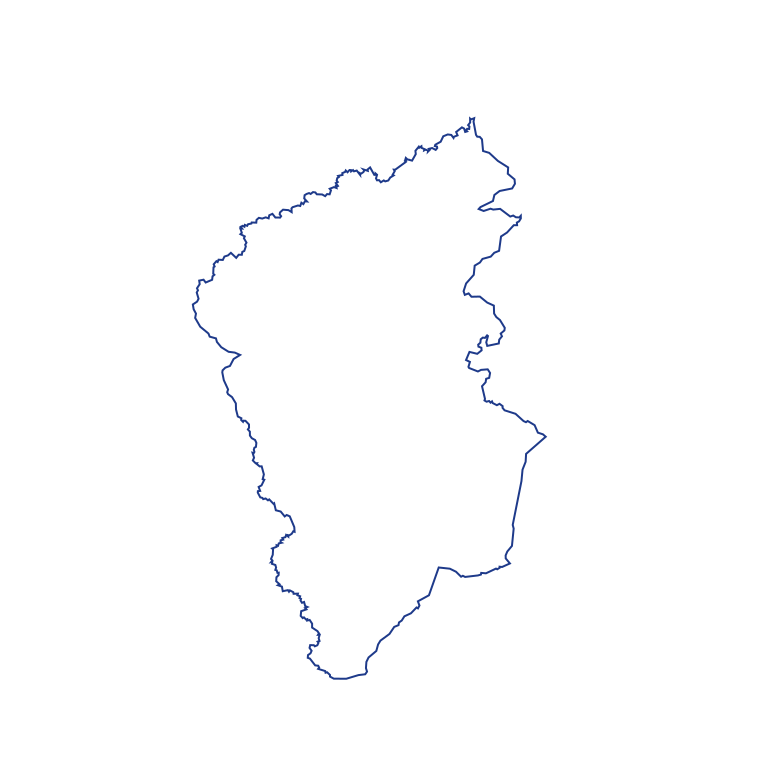 the district of Song Dao, Sakon Nakhon, Thailand, rotated 128°
{"feature_id": "78962969B97836103025475", "entity_name": "Song Dao", "entity_type": "district", "adm_level": 2, "iso_a3": "THA", "parent_name": "Thailand", "parent_adm1": "Sakon Nakhon", "projection": "mercator", "projection_center": [103.442, 17.315], "detail": "fine", "context": "isolated", "style": "outline", "palette": "blue", "viewbox_px": 768, "rotation_deg": 128, "n_neighbors": 0, "source": "geoboundaries", "source_scale": "gbopen_adm2", "svg_char_len": 6142}
<svg xmlns="http://www.w3.org/2000/svg" viewBox="0 0 768 768"><g transform="rotate(128 384 384)"><path d="M394.5,591.9L395.7,589.8L397.0,590.2L402.2,586.5L402.4,584.9L404.7,585.4L407.7,583.6L413.8,587.0L412.9,590.4L416.3,593.3L418.8,590.7L423.7,590.3L424.7,588.3L427.2,587.9L431.0,582.6L434.2,582.0L439.0,583.6L442.3,580.0L444.3,575.5L448.2,573.5L452.0,564.1L452.3,553.4L454.0,550.5L451.5,544.5L453.7,541.6L455.2,534.9L454.3,526.3L451.1,520.9L449.7,515.3L456.9,517.9L464.6,516.5L468.8,519.1L472.6,519.6L474.4,518.6L479.6,512.6L484.3,503.5L487.0,502.5L488.0,500.7L487.9,495.6L490.5,488.8L495.2,484.9L499.6,479.2L498.8,475.3L500.3,474.4L500.6,471.8L499.4,472.1L498.3,470.5L499.0,465.5L501.6,463.4L503.6,463.3L504.1,460.4L507.2,457.9L508.1,454.8L507.5,451.1L509.0,448.3L512.4,446.2L514.0,446.9L516.0,446.1L517.3,444.3L518.6,444.1L519.1,445.3L522.1,441.0L525.0,440.3L525.5,436.4L524.5,435.2L525.4,435.0L525.5,431.3L524.2,429.7L529.2,423.0L533.7,421.0L533.1,419.4L539.3,418.1L542.3,419.4L544.5,415.8L546.1,417.4L547.3,416.6L549.5,411.7L548.6,409.7L549.1,408.3L547.1,406.8L547.1,403.8L545.6,403.4L546.5,397.1L545.7,397.0L550.1,391.5L548.1,386.9L549.5,380.7L547.2,380.1L546.3,376.8L552.0,366.6L555.5,363.5L555.9,364.8L558.9,364.5L561.7,365.5L562.2,366.6L563.2,365.6L563.2,368.2L565.4,367.4L568.0,369.3L568.7,367.6L570.8,369.2L572.4,368.1L572.2,367.0L574.4,368.8L576.7,367.9L577.2,369.4L578.4,368.4L582.5,370.9L582.6,369.6L587.1,366.5L591.4,365.3L591.8,363.3L593.7,363.3L592.8,362.6L594.7,361.6L593.5,358.2L595.1,356.0L597.4,355.2L596.9,353.8L598.4,351.7L597.5,350.8L599.5,349.4L602.5,349.8L605.8,347.5L606.1,343.0L607.9,343.7L606.5,339.7L609.6,336.2L605.6,332.8L606.2,331.0L604.6,331.1L603.9,327.3L605.0,326.1L602.2,322.8L603.8,322.2L602.9,319.4L604.7,318.8L604.4,317.1L606.0,316.5L606.9,313.9L605.0,312.8L607.5,309.4L606.9,307.1L609.1,308.3L609.4,306.4L614.0,309.4L618.0,306.9L618.5,303.9L617.2,303.4L617.6,300.4L616.6,299.7L617.7,298.9L615.7,297.3L617.1,293.1L620.2,290.7L619.7,284.3L620.5,281.8L622.3,281.6L621.2,280.3L624.5,279.0L626.2,276.6L627.9,277.7L628.3,276.3L630.9,275.7L633.3,277.0L633.0,278.4L635.2,281.4L637.8,280.2L638.8,276.8L641.5,276.1L644.4,277.0L646.7,275.5L646.0,273.3L648.1,265.0L646.5,262.4L647.4,260.5L649.0,260.5L646.4,253.6L647.5,252.3L646.2,251.4L646.5,247.5L647.8,246.4L647.1,242.1L639.4,232.2L629.1,224.9L624.3,220.1L621.1,220.3L619.0,223.3L613.8,226.8L609.0,227.8L599.1,225.7L592.9,228.3L588.4,228.8L577.6,225.8L569.1,226.4L565.1,224.1L562.7,225.4L559.5,224.4L554.5,224.9L548.1,221.6L540.1,220.8L539.9,219.1L536.7,219.7L534.4,223.5L522.8,218.5L494.9,227.9L489.0,218.4L487.6,211.7L488.4,204.6L486.6,203.8L486.1,201.3L477.0,192.1L474.5,190.3L473.0,191.1L470.4,187.1L460.5,182.1L460.3,180.7L457.6,179.7L456.8,180.4L455.5,178.3L447.9,174.3L446.5,180.7L444.2,182.6L440.1,183.7L432.8,183.5L418.1,192.8L415.8,195.8L375.9,215.9L366.2,222.1L358.1,224.5L351.6,229.0L326.0,224.1L325.8,227.8L327.6,232.8L323.7,240.0L324.7,248.0L326.7,248.6L327.3,251.2L326.5,262.0L330.5,272.8L329.8,275.9L328.4,276.9L328.5,280.8L331.2,282.0L332.1,286.6L331.2,288.2L333.1,288.6L332.7,290.7L334.8,292.3L335.1,294.7L333.6,295.2L325.4,305.4L320.1,305.0L317.0,306.7L314.4,304.9L310.0,307.2L308.6,311.3L313.1,316.2L316.3,317.7L319.0,326.8L318.5,328.0L313.7,329.9L314.6,334.1L306.1,336.4L302.8,329.1L297.4,327.8L295.5,329.6L296.4,332.6L295.0,334.0L292.1,333.5L289.2,335.3L286.6,334.7L285.5,332.8L282.2,332.7L282.2,331.6L288.2,329.1L290.4,326.1L281.4,318.5L278.1,320.5L273.8,320.4L272.4,323.1L267.7,322.1L265.4,323.4L262.2,332.0L262.1,336.7L260.7,340.6L254.6,345.7L256.3,352.8L256.1,362.3L261.4,368.8L260.5,373.1L264.0,375.2L261.9,378.4L254.2,381.2L242.7,380.5L234.9,385.4L229.2,383.2L224.8,383.4L217.9,378.3L212.7,377.9L208.2,375.3L195.7,382.6L188.9,380.3L179.0,379.5L176.9,376.9L175.0,378.7L172.7,377.7L169.3,378.1L167.2,379.8L169.5,380.0L171.4,382.7L171.7,385.9L174.3,387.6L174.5,400.3L179.3,405.3L180.3,408.0L186.3,412.0L187.8,417.1L185.2,416.9L172.7,410.8L167.1,413.4L160.7,411.7L151.0,403.4L145.6,404.1L142.4,407.1L142.1,415.9L136.9,419.5L138.1,431.6L137.1,443.4L139.4,449.4L130.9,457.4L130.3,460.7L131.7,462.8L131.0,464.9L122.2,474.9L119.0,476.6L122.0,478.4L121.9,479.5L124.9,477.1L128.2,477.1L128.5,475.2L130.6,473.9L131.7,475.6L133.4,475.6L133.7,474.0L135.4,475.2L133.4,478.1L133.8,480.6L141.0,482.3L142.8,479.1L146.1,481.1L147.3,480.7L146.3,484.3L148.1,487.4L152.3,489.8L158.2,488.5L163.8,490.9L165.2,490.4L164.3,488.4L165.3,487.3L167.7,487.4L168.4,491.3L171.0,493.4L171.3,492.1L173.8,492.4L172.9,492.9L173.7,495.5L175.2,496.2L174.0,496.8L174.8,499.7L173.6,500.9L176.1,501.7L175.6,502.7L180.9,502.8L183.3,500.5L190.7,499.4L192.6,503.9L192.4,506.0L193.9,505.4L193.0,504.1L195.3,504.7L195.4,503.5L208.2,507.1L209.0,508.2L209.7,506.6L213.9,506.0L213.7,504.8L217.5,506.2L221.0,505.9L223.6,507.8L223.7,509.5L227.0,510.7L226.4,513.4L227.8,514.9L226.9,516.9L223.4,518.3L223.3,520.2L224.3,519.4L225.2,520.4L221.9,528.3L225.1,529.0L226.0,528.0L227.6,532.3L227.8,531.0L229.7,530.7L232.5,531.6L232.7,532.9L233.9,531.7L232.6,536.9L234.9,538.6L234.5,540.1L236.7,540.8L235.8,541.7L236.6,542.9L239.6,543.1L239.3,545.6L240.8,545.2L243.5,546.7L244.8,545.4L248.3,548.3L248.7,547.0L250.6,547.6L252.9,546.5L253.3,544.8L255.3,545.7L256.3,542.2L257.2,542.6L256.8,544.8L258.8,542.1L259.6,544.6L263.6,547.0L264.1,545.0L268.0,543.6L269.4,545.8L272.2,546.0L272.7,549.4L275.9,553.8L275.3,556.0L276.5,558.1L279.4,558.8L279.7,560.6L281.9,562.0L284.1,562.8L286.9,561.1L287.6,557.1L288.7,558.8L291.9,558.3L292.0,560.7L295.3,559.6L296.3,561.7L301.0,564.9L302.6,565.0L305.4,562.6L305.8,566.3L308.8,570.9L312.8,571.6L314.5,570.7L315.1,568.4L316.8,568.3L319.7,572.1L318.6,576.7L321.7,578.3L324.5,576.9L325.5,579.8L328.6,581.8L330.1,584.9L333.1,585.5L335.5,584.0L338.2,587.7L339.2,587.3L341.8,589.5L343.6,589.2L344.3,591.6L346.0,590.8L346.3,592.7L348.3,593.7L348.9,591.5L349.9,593.0L352.4,589.1L354.3,589.4L353.4,584.6L355.4,584.1L357.3,579.4L359.8,579.1L360.6,577.6L365.2,576.0L367.1,577.0L369.7,575.6L371.6,578.1L375.6,578.1L374.9,585.4L378.7,586.1L381.8,588.2L385.5,587.4L387.9,590.9L390.3,590.2L390.4,591.7L394.5,591.9Z" fill="none" stroke="#1e3a8a" stroke-width="2"/></g></svg>